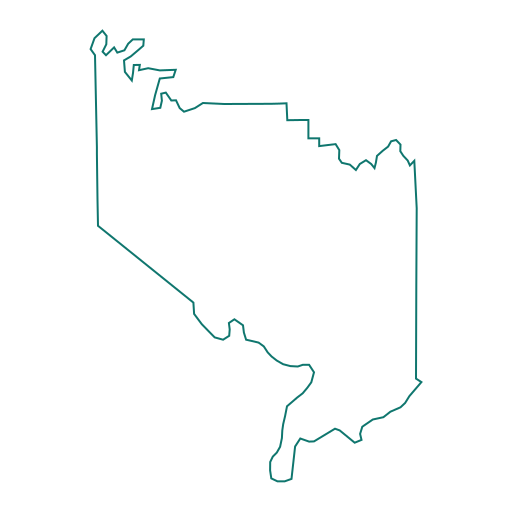 Guarani das Missões, Rio Grande do Sul, Brazil
{"feature_id": "56859067B89079758510007", "entity_name": "Guarani das Missões", "entity_type": "district", "adm_level": 2, "iso_a3": "BRA", "parent_name": "Brazil", "parent_adm1": "Rio Grande do Sul", "projection": "robinson", "projection_center": [-54.593, -28.176], "detail": "fine", "context": "isolated", "style": "outline", "palette": "teal", "viewbox_px": 512, "rotation_deg": 0, "n_neighbors": 0, "source": "geoboundaries", "source_scale": "gbopen_adm2", "svg_char_len": 1780}
<svg xmlns="http://www.w3.org/2000/svg" viewBox="0 0 512 512"><path d="M291.5,478.9L295.1,446.5L300.3,438.5L309.1,441.6L314.0,441.4L335.0,428.7L339.7,430.4L354.7,442.7L361.5,439.9L360.1,433.9L362.3,426.7L372.8,419.5L383.4,417.2L390.4,411.7L400.5,407.3L405.1,403.0L409.4,396.1L421.4,382.1L416.0,378.6L416.3,286.2L416.7,208.2L414.3,160.8L409.9,165.4L407.7,160.5L403.3,155.8L400.3,151.2L400.5,144.6L396.1,140.0L391.1,141.3L388.1,146.6L382.7,150.8L377.0,155.9L375.9,162.6L374.5,168.1L371.2,164.0L366.0,160.2L359.8,164.0L355.9,170.0L349.8,164.6L341.8,162.8L339.0,158.7L339.3,150.1L335.6,144.1L319.2,146.1L319.2,138.3L308.4,138.3L308.4,120.0L300.8,120.0L287.3,120.2L286.5,103.3L279.2,103.6L271.3,103.8L224.2,104.0L202.9,103.0L194.9,108.1L184.0,111.7L179.7,108.1L176.0,100.3L171.3,100.5L165.8,92.6L161.2,93.7L161.9,100.7L160.3,107.8L152.0,109.1L155.1,95.2L159.8,78.5L173.3,77.1L175.7,69.8L159.8,70.4L148.2,68.2L139.0,70.2L139.8,64.9L133.8,65.0L133.0,73.1L131.8,80.5L124.9,71.9L124.0,60.4L130.8,56.4L138.7,49.7L143.3,45.7L143.8,39.4L132.8,39.4L128.2,43.7L124.4,50.3L117.3,52.6L114.1,47.4L106.0,55.2L102.6,51.7L106.3,44.3L106.6,36.0L102.4,30.7L94.5,38.2L90.6,49.1L95.0,55.2L96.9,147.3L96.9,153.9L97.5,199.9L98.0,225.8L193.4,302.6L194.1,313.9L201.8,324.2L208.8,331.4L214.7,337.4L223.1,339.7L229.2,335.8L229.7,329.4L228.9,323.0L234.4,319.3L243.0,325.3L243.9,332.6L246.1,339.7L253.2,341.3L258.6,342.6L263.8,346.4L267.7,352.4L271.6,356.5L276.7,360.5L283.1,364.2L290.4,366.1L297.8,366.5L302.8,364.8L309.1,364.8L314.0,372.3L311.3,382.3L307.3,387.8L302.7,393.3L297.1,397.6L287.0,406.3L285.1,416.0L283.2,424.1L282.3,430.4L281.9,438.1L280.1,446.8L276.8,452.6L272.8,456.6L270.2,462.0L270.1,470.4L271.3,478.4L277.4,481.3L284.8,481.3L291.5,478.9Z" fill="none" stroke="#0f766e" stroke-width="2"/></svg>